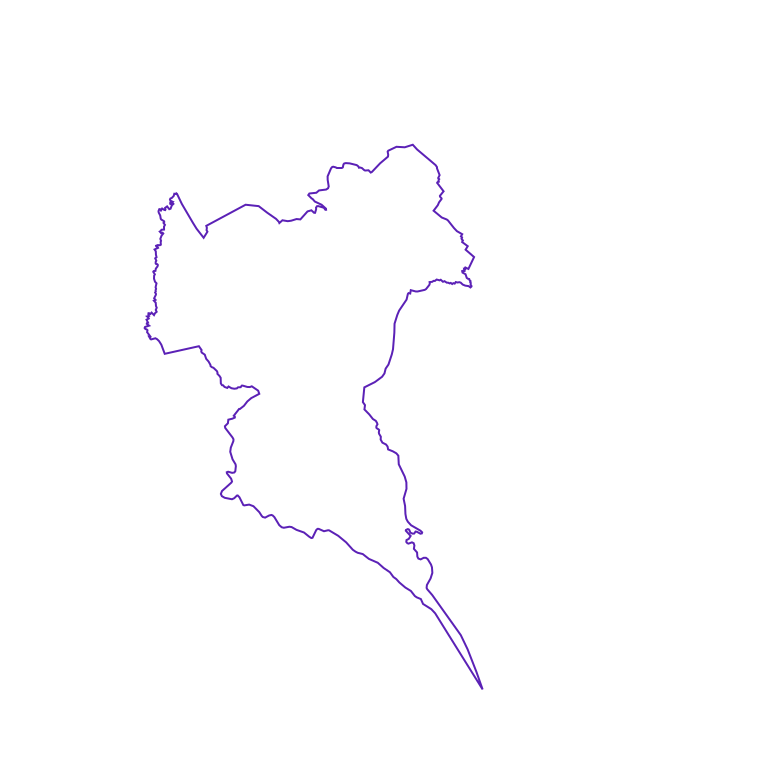 Bang Klam, Songkhla, Thailand (Equal Earth projection), rotated 134°
{"feature_id": "78962969B50484514346142", "entity_name": "Bang Klam", "entity_type": "district", "adm_level": 2, "iso_a3": "THA", "parent_name": "Thailand", "parent_adm1": "Songkhla", "projection": "equal_earth", "projection_center": [100.407, 7.09], "detail": "fine", "context": "isolated", "style": "outline", "palette": "violet", "viewbox_px": 768, "rotation_deg": 134, "n_neighbors": 0, "source": "geoboundaries", "source_scale": "gbopen_adm2", "svg_char_len": 6166}
<svg xmlns="http://www.w3.org/2000/svg" viewBox="0 0 768 768"><g transform="rotate(134 384 384)"><path d="M191.9,529.5L199.3,533.5L204.7,539.8L213.2,543.0L214.3,542.8L216.2,540.2L217.7,539.1L227.9,540.1L239.9,540.0L241.1,540.4L241.0,543.6L243.6,545.9L243.9,547.0L244.0,549.9L245.0,551.8L245.8,552.2L245.3,553.7L245.5,555.7L249.1,561.9L251.6,564.9L253.0,565.8L254.2,565.7L256.8,564.1L257.9,564.4L261.4,568.0L261.7,569.2L263.0,571.5L263.9,572.0L265.7,571.9L273.8,568.8L276.3,566.3L280.3,561.0L282.1,560.2L284.3,560.7L289.9,565.2L293.4,565.5L298.8,570.0L300.7,569.7L300.8,564.9L300.5,564.0L300.8,560.5L298.4,553.4L298.2,547.5L298.9,546.7L299.4,547.2L299.0,549.7L301.6,554.7L302.6,555.7L304.4,555.4L305.3,554.3L308.7,552.5L309.4,553.2L309.5,556.9L313.0,558.9L323.7,558.5L326.1,561.5L331.0,564.2L333.7,566.3L336.8,570.8L340.9,571.1L340.4,572.2L340.2,576.3L341.9,587.0L343.1,597.7L351.2,608.1L393.7,621.7L394.7,619.9L396.6,618.5L397.1,616.8L404.1,615.3L402.5,626.7L400.8,633.4L394.9,654.5L391.0,665.0L391.1,665.7L391.7,665.4L392.8,667.0L394.8,665.9L397.7,665.9L398.9,666.5L399.9,666.2L400.5,665.1L399.8,662.9L401.9,663.8L402.9,663.0L402.7,662.3L400.6,661.2L400.7,660.6L402.9,660.7L406.2,659.3L407.4,659.9L406.9,663.4L409.4,663.8L410.3,662.4L410.9,662.2L411.4,663.0L411.9,665.5L414.1,665.0L413.8,666.6L414.3,667.1L416.3,666.3L417.2,665.1L418.2,662.1L420.2,659.4L420.4,658.6L419.7,655.2L420.1,654.6L421.3,654.5L421.7,652.1L423.6,651.6L425.7,649.5L427.6,651.2L429.1,650.9L430.1,651.2L430.3,649.2L429.0,648.4L429.1,647.3L431.7,647.1L435.0,645.7L435.9,643.8L436.9,643.4L438.8,641.3L439.8,641.6L441.3,643.3L442.9,644.0L443.2,643.5L442.7,641.9L443.0,641.1L446.6,642.5L447.1,640.3L449.4,637.9L450.8,635.7L452.5,635.9L453.5,633.4L454.7,633.1L455.9,632.0L456.0,631.4L455.3,630.3L455.5,629.3L456.8,628.6L459.5,628.3L461.4,627.0L462.8,628.1L463.6,627.9L464.3,625.0L465.8,624.6L468.0,622.6L469.5,619.8L469.6,617.6L473.1,615.5L473.9,614.0L475.2,613.5L475.9,612.5L477.2,612.2L477.5,610.8L478.2,610.1L482.0,608.9L482.2,606.8L483.9,607.4L484.1,604.7L486.3,602.2L487.0,600.5L489.3,599.6L490.0,597.7L492.3,597.9L494.2,597.3L494.1,600.8L496.0,600.7L496.3,602.3L496.7,602.6L497.7,601.8L498.3,600.3L500.0,601.4L500.0,599.4L500.3,598.7L502.7,599.5L503.8,596.3L504.9,596.8L505.5,596.5L505.2,593.5L508.9,595.5L510.0,595.1L510.2,593.7L509.6,592.8L509.6,591.5L511.3,590.4L512.2,584.7L512.6,584.6L513.2,585.6L513.9,583.2L513.7,582.5L509.9,580.2L509.4,578.4L509.4,575.6L510.4,571.5L514.6,562.7L485.4,543.4L486.3,538.8L487.4,538.2L488.0,537.0L487.4,533.3L489.4,529.4L489.7,525.8L490.8,522.2L491.6,521.2L491.5,519.6L490.8,517.9L490.8,513.2L491.3,511.9L492.4,510.9L492.5,507.9L493.0,505.8L496.9,501.8L497.4,499.7L496.7,498.8L496.9,496.7L495.7,494.0L493.8,494.1L493.0,490.8L491.4,488.4L489.4,486.8L487.8,486.7L485.9,484.9L484.0,485.2L483.3,484.5L481.1,480.3L479.4,478.4L477.5,477.5L476.2,469.9L477.7,466.9L486.3,469.7L491.5,470.2L497.0,469.6L502.1,470.3L502.6,470.9L511.2,470.0L511.1,468.7L511.8,468.0L514.3,469.0L517.8,471.2L520.7,469.0L524.9,469.1L525.9,467.7L527.7,455.8L528.3,453.9L529.7,452.7L536.2,450.0L539.6,447.5L543.4,440.6L544.9,435.0L546.0,433.5L550.0,430.4L551.6,430.2L553.4,431.5L555.4,435.2L556.7,435.8L557.4,434.9L558.3,428.2L559.7,425.6L560.9,425.3L573.5,426.2L576.4,425.0L577.3,422.7L576.5,419.5L572.5,413.3L570.2,412.4L566.4,412.3L565.8,411.8L565.9,409.3L568.8,401.1L568.4,400.2L564.4,397.2L562.6,393.0L562.8,384.7L563.8,380.5L563.9,378.9L562.7,376.7L558.4,375.3L556.4,374.0L555.9,372.8L555.9,370.4L558.3,361.3L558.1,358.1L557.0,356.2L552.4,352.9L551.1,351.1L549.7,345.6L546.4,338.4L545.8,331.7L545.3,329.3L544.3,328.6L536.1,331.3L534.4,331.2L533.6,330.4L531.6,324.9L528.0,322.6L527.4,321.8L525.0,311.5L524.2,301.2L524.9,291.3L524.4,288.1L523.7,285.7L521.1,281.2L520.3,273.4L516.9,264.2L516.6,256.5L515.3,249.0L516.3,243.2L515.8,239.7L516.1,235.2L515.6,227.3L514.2,220.9L515.1,214.5L514.7,212.2L513.1,208.1L515.1,203.1L513.1,193.5L513.4,187.9L535.2,100.9L527.0,117.3L516.8,139.5L511.3,154.3L502.3,202.7L501.6,210.3L501.1,211.7L498.8,213.5L491.6,215.4L486.3,218.0L482.6,222.1L481.2,224.8L479.6,231.0L479.9,233.1L481.4,234.7L484.7,235.8L485.7,238.0L485.0,240.1L482.2,243.2L481.8,248.0L479.0,250.0L477.9,252.1L478.5,253.9L481.8,255.5L482.3,256.6L482.1,258.3L480.6,259.4L478.2,258.6L474.8,259.3L474.4,266.4L473.8,266.8L472.0,266.2L471.4,265.3L471.5,264.2L472.6,261.8L471.8,259.5L470.6,258.4L468.2,258.8L467.4,257.5L466.4,253.8L465.2,253.0L464.2,253.5L464.2,255.9L466.8,266.4L466.5,271.2L465.5,274.3L462.6,278.3L457.1,284.1L452.9,290.2L443.8,295.0L439.2,299.6L436.2,304.8L431.5,317.6L425.6,323.9L425.3,327.0L426.3,330.9L428.2,335.6L426.5,338.0L426.1,340.5L427.3,344.4L426.3,347.8L424.1,349.7L423.2,353.0L422.3,354.2L420.5,355.4L420.4,356.4L420.9,358.5L420.7,359.2L419.6,360.2L417.5,360.7L416.8,362.1L416.2,364.3L416.9,367.7L416.1,373.5L415.9,380.4L412.4,383.0L411.7,386.6L400.1,395.8L389.0,391.9L380.1,390.4L376.1,391.0L371.8,393.5L366.9,394.3L357.2,399.0L352.7,401.7L339.9,412.2L333.3,418.3L325.1,422.4L320.7,424.1L307.6,426.4L302.6,429.4L301.6,429.5L300.7,428.0L297.9,429.9L295.4,425.5L294.1,424.1L288.0,420.1L286.5,419.7L281.3,420.2L280.0,420.8L279.0,422.0L277.0,420.3L275.4,420.0L274.5,419.0L272.3,418.7L270.8,416.0L269.6,415.6L269.5,412.6L268.0,411.9L267.5,409.2L266.6,408.3L266.0,406.6L264.9,406.2L264.7,404.4L263.3,404.2L262.7,402.9L260.8,403.2L260.0,401.7L258.4,400.5L257.8,399.2L257.8,396.5L256.8,393.9L254.8,391.1L254.5,388.9L253.1,388.8L252.7,389.2L252.4,390.7L251.0,391.8L250.8,392.9L249.9,393.2L249.9,394.5L249.3,395.6L250.0,396.8L250.2,398.2L248.4,401.6L249.3,404.9L248.5,406.2L247.6,405.6L247.3,406.6L247.3,405.0L246.8,404.6L245.8,406.0L245.4,404.4L244.9,406.4L243.7,406.5L242.6,403.2L230.1,407.4L230.7,418.6L226.7,419.5L227.6,426.4L225.9,427.0L226.0,428.3L225.6,428.5L225.5,429.3L224.3,429.7L224.4,431.2L221.9,431.8L223.4,437.7L223.2,442.0L221.9,451.6L222.1,453.2L224.1,458.1L224.9,468.7L218.0,469.5L215.1,470.6L211.0,471.1L210.5,471.5L210.3,473.9L209.8,474.5L204.0,475.0L202.4,485.5L201.5,485.7L200.4,485.1L199.5,486.4L198.3,486.6L198.2,488.1L195.1,489.1L192.0,495.8L191.2,496.5L190.7,498.9L192.3,523.1L191.9,529.5Z" fill="none" stroke="#5b21b6" stroke-width="2"/></g></svg>